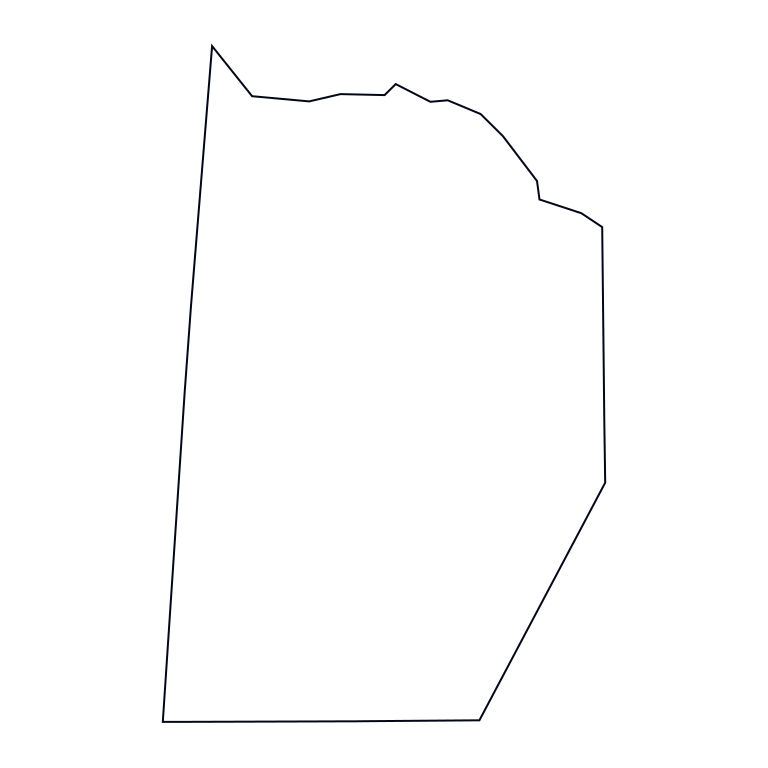 outline of Brunswick, Virginia, United States of America
{"feature_id": "52423323B81794137886783", "entity_name": "Brunswick", "entity_type": "district", "adm_level": 2, "iso_a3": "USA", "parent_name": "United States of America", "parent_adm1": "Virginia", "projection": "albers", "projection_center": [-77.853, 36.783], "detail": "fine", "context": "isolated", "style": "outline", "palette": "ink", "viewbox_px": 768, "rotation_deg": 0, "n_neighbors": 0, "source": "geoboundaries", "source_scale": "gbopen_adm2", "svg_char_len": 446}
<svg xmlns="http://www.w3.org/2000/svg" viewBox="0 0 768 768"><path d="M328.9,721.4L348.7,721.3L356.7,721.3L364.9,721.2L479.4,720.3L605.2,482.7L604.3,420.9L602.2,227.1L581.3,213.2L539.5,199.5L537.0,181.0L502.9,136.1L480.7,114.1L447.7,100.3L430.4,101.8L395.7,84.1L384.6,95.1L340.5,94.1L309.2,101.4L252.1,96.2L212.1,46.1L191.0,305.9L184.7,391.9L162.8,721.9L170.5,721.9L171.0,721.9L328.9,721.4Z" fill="none" stroke="#020617" stroke-width="2"/></svg>